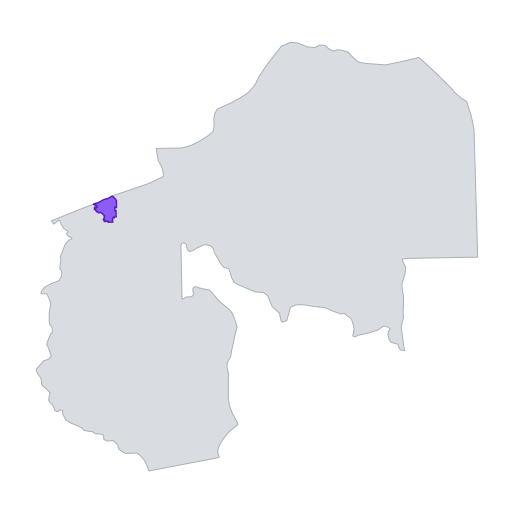 location of Sinda, Eastern, Zambia, rotated 179°
{"feature_id": "96606910B72426001037260", "entity_name": "Sinda", "entity_type": "district", "adm_level": 2, "iso_a3": "ZMB", "parent_name": "Zambia", "parent_adm1": "Eastern", "projection": "robinson", "projection_center": [31.868, -14.258], "detail": "fine", "context": "in_parent", "style": "filled", "palette": "violet", "viewbox_px": 512, "rotation_deg": 179, "n_neighbors": 0, "source": "geoboundaries", "source_scale": "gbopen_adm2", "svg_char_len": 6481}
<svg xmlns="http://www.w3.org/2000/svg" viewBox="0 0 512 512"><g transform="rotate(179 256 256)"><path d="M353.8,365.3L328.6,365.3L319.4,367.6L311.9,371.0L302.9,376.4L297.8,380.2L296.4,382.3L295.7,386.9L295.7,394.0L294.8,399.1L292.1,403.7L278.5,409.4L269.6,414.0L260.9,419.5L254.3,426.6L249.9,435.3L242.4,446.1L226.9,465.4L217.8,469.0L210.2,468.2L201.0,464.2L193.6,463.4L188.3,465.9L183.3,465.2L178.6,461.1L174.8,459.6L171.7,460.7L167.7,460.5L160.4,458.3L154.1,451.4L150.7,448.6L148.0,447.5L140.5,446.4L123.2,444.8L105.3,448.2L89.6,451.7L73.4,436.3L57.7,420.1L54.4,416.0L48.5,410.5L44.3,407.9L42.6,406.6L38.3,392.1L35.8,378.8L34.4,251.0L105.1,251.0L109.6,250.4L109.8,249.0L106.5,242.2L106.7,239.8L107.5,235.2L110.5,225.9L110.7,222.8L109.2,212.7L109.3,207.1L110.0,195.7L109.5,191.9L111.1,186.8L111.7,183.4L112.3,181.9L111.5,178.0L110.0,164.5L109.1,158.8L113.3,159.7L114.8,162.5L115.6,165.5L117.5,165.7L122.6,167.5L124.3,170.0L125.5,175.4L124.9,178.2L123.2,180.4L124.9,182.4L128.3,183.7L130.2,183.4L135.9,179.6L141.1,178.3L143.8,177.3L155.5,174.9L157.8,173.6L159.4,173.6L160.6,174.6L159.6,178.5L159.2,181.9L160.7,188.3L161.8,191.3L164.3,193.5L166.1,194.7L168.1,197.0L172.1,196.6L181.1,199.9L183.8,201.4L187.6,202.9L190.3,203.5L199.5,204.6L209.3,206.4L214.3,206.6L217.9,206.1L220.4,205.2L222.0,204.2L222.7,203.3L226.3,191.0L228.1,190.1L230.6,189.4L232.0,190.6L233.6,198.3L240.7,205.2L243.1,211.1L244.9,216.1L246.4,217.5L249.1,219.2L253.4,219.8L257.2,220.0L276.2,228.5L278.3,230.1L280.7,234.6L282.1,239.8L283.6,243.8L286.0,244.6L288.2,244.9L290.4,247.7L292.0,250.1L297.7,260.2L298.5,264.2L301.2,266.9L304.9,268.0L308.3,268.1L310.3,267.0L315.2,264.9L318.9,262.5L321.7,261.7L323.3,262.2L324.6,263.8L325.4,268.8L328.1,270.5L330.1,269.9L330.8,267.9L330.9,266.9L330.7,214.4L329.0,214.7L326.8,216.2L321.8,216.4L319.8,217.5L319.2,219.2L319.6,221.4L319.7,224.4L319.0,225.8L316.8,226.3L313.6,225.2L307.8,223.7L303.0,222.7L299.6,218.8L294.8,212.9L291.8,209.9L284.4,203.7L283.1,202.4L280.9,199.5L278.9,194.6L277.1,188.9L276.1,185.3L277.8,179.7L282.1,161.5L283.1,155.8L286.6,150.1L286.9,144.9L285.4,138.3L285.8,134.7L286.2,113.8L285.2,107.2L282.8,99.9L277.4,89.7L277.4,87.6L285.6,81.0L288.1,78.5L292.4,73.1L295.2,68.6L297.1,64.9L297.7,60.1L296.3,55.6L299.1,54.7L366.9,43.0L367.8,46.1L369.9,51.3L372.2,55.1L375.1,58.4L377.6,60.4L379.3,61.1L389.7,60.8L393.5,62.9L396.7,65.4L397.5,69.4L399.7,71.9L402.0,73.9L403.0,74.1L404.7,73.7L407.5,73.6L410.1,74.5L411.3,75.3L411.5,78.7L412.2,80.2L415.8,80.8L419.4,81.0L422.8,83.3L426.6,83.7L430.9,84.6L433.0,87.0L437.6,89.5L443.2,91.8L449.4,95.5L449.6,96.6L450.6,98.8L451.7,100.4L451.8,102.7L452.3,104.8L453.9,105.3L455.2,105.5L456.5,103.9L458.1,104.0L459.9,104.9L460.6,107.4L462.0,110.7L464.3,113.0L465.8,115.2L465.3,119.1L464.3,122.8L467.4,126.3L471.5,129.8L472.6,131.3L472.9,136.3L473.5,138.0L476.3,142.3L477.6,145.0L477.5,146.7L470.1,155.0L465.5,156.3L463.6,158.0L462.4,159.8L465.3,168.1L466.8,171.2L465.5,175.2L462.6,181.9L461.2,182.5L461.0,187.5L461.9,189.4L463.3,190.8L463.9,194.3L463.8,202.8L461.9,212.5L465.3,221.0L466.4,221.9L471.0,222.0L471.8,222.7L470.7,225.1L467.5,228.8L461.6,231.7L453.2,234.9L451.4,238.0L450.3,242.4L451.2,245.1L452.3,246.6L452.0,250.5L451.2,254.6L451.5,257.8L451.1,260.6L450.0,262.1L448.5,266.4L446.7,270.7L445.3,272.7L443.1,274.7L439.8,276.5L439.9,277.3L443.7,279.3L444.6,280.7L445.0,281.6L443.4,283.8L445.1,285.2L447.3,286.3L449.3,289.2L451.6,294.6L452.0,295.1L452.6,295.2L453.9,294.6L456.2,292.4L457.9,291.6L459.9,294.8L424.7,308.2L416.5,310.9L404.1,315.6L400.1,317.4L396.9,319.2L364.2,329.6L359.1,331.7L347.5,337.0L347.1,337.9L347.2,340.3L348.3,345.4L350.3,349.9L352.0,352.6L353.1,359.3L353.8,365.3Z" fill="#d9dde1" stroke="#a8b0b8" stroke-width="1"/><path d="M411.5,302.4L411.3,302.4L411.2,302.4L410.9,302.4L410.7,302.3L410.6,302.2L410.4,302.2L410.2,301.9L409.9,301.6L409.3,301.5L408.8,301.1L408.6,300.9L408.4,300.8L408.4,300.7L408.2,300.2L407.9,300.1L407.8,299.9L407.7,299.7L407.4,299.5L407.4,299.4L407.2,299.1L406.7,298.9L406.8,298.6L406.8,298.4L406.8,298.2L407.0,297.9L406.9,297.8L406.8,297.7L406.9,297.4L406.9,297.2L407.0,297.1L406.9,297.0L406.9,296.9L407.0,296.7L407.1,296.4L407.2,296.1L407.3,295.9L407.2,295.8L407.4,295.9L407.4,296.0L407.5,295.9L407.6,295.7L407.5,295.4L407.4,295.3L407.5,295.2L407.4,295.0L407.4,294.9L407.4,295.0L407.3,294.8L407.4,294.7L407.5,294.7L407.4,294.6L407.5,294.5L407.4,294.4L407.2,294.3L407.3,294.2L407.2,294.1L406.9,294.1L406.9,293.9L406.9,293.6L406.9,293.4L406.9,293.5L407.0,293.5L406.9,293.3L406.7,293.4L406.8,293.1L406.7,293.1L406.7,293.3L403.2,293.3L403.2,292.4L398.7,292.4L398.7,296.6L397.2,296.6L397.2,297.6L395.2,297.6L395.2,303.8L396.3,303.8L396.4,307.2L395.9,307.1L395.4,307.0L394.7,306.9L394.6,313.9L394.8,314.2L394.9,314.4L395.1,314.7L395.4,315.0L395.5,315.2L395.5,315.3L395.7,315.5L395.8,315.6L395.9,315.8L396.0,315.9L396.1,316.0L396.4,316.1L396.5,316.2L396.6,316.3L396.8,316.4L396.8,316.6L396.9,316.8L397.0,316.9L397.0,317.0L397.3,317.3L397.5,317.3L397.6,317.5L397.8,317.6L397.9,317.9L398.0,317.9L398.1,318.0L398.3,318.1L398.6,318.1L398.8,318.2L399.0,318.2L399.0,318.3L399.3,318.2L399.6,318.1L401.3,316.9L402.5,316.3L404.5,315.7L405.0,315.7L407.8,314.8L409.2,314.0L412.5,312.2L414.2,311.7L414.9,311.5L416.6,311.1L417.5,310.6L417.4,310.5L417.2,310.6L417.2,310.4L416.9,310.3L416.7,310.3L416.6,310.2L416.4,310.0L416.3,309.9L416.2,309.8L416.1,310.0L416.0,309.9L416.0,310.0L415.9,310.0L415.8,309.9L415.7,309.9L415.4,309.8L415.2,309.8L415.0,309.7L414.9,309.5L414.9,309.4L414.8,309.2L414.9,308.9L414.7,308.7L414.4,308.7L414.4,308.8L414.2,308.8L414.2,308.7L414.0,308.4L414.0,308.2L413.9,308.0L414.0,307.9L414.1,307.6L414.2,307.4L414.4,307.3L414.6,307.2L414.9,307.0L415.0,306.9L415.2,306.7L415.3,306.7L415.6,306.9L415.9,307.1L416.0,307.1L416.1,307.3L416.1,307.5L416.3,307.5L416.3,307.3L416.4,307.2L416.5,306.8L416.5,306.6L416.4,306.4L416.4,306.2L416.3,306.3L416.3,306.2L416.5,306.0L416.5,305.9L416.6,306.0L416.6,305.9L416.7,305.7L416.4,305.6L416.2,305.8L416.1,306.0L416.0,305.9L415.9,305.9L415.7,305.8L415.7,305.7L415.7,305.4L415.7,305.2L415.6,304.9L415.6,304.7L415.4,304.6L415.3,304.3L415.3,304.2L415.2,304.0L415.2,303.9L415.0,303.7L414.9,303.6L414.8,303.4L414.6,303.2L414.4,303.0L414.2,303.0L413.9,303.0L413.8,302.9L413.7,302.8L413.8,302.8L413.6,302.7L413.4,302.6L413.3,302.4L413.3,302.5L413.2,302.4L413.1,302.2L412.9,302.2L412.7,302.0L412.5,301.9L412.3,302.0L412.2,302.1L411.9,302.2L411.8,302.3L411.6,302.3L411.5,302.4Z" fill="#8b5cf6" stroke="#5b21b6" stroke-width="1.5"/></g></svg>